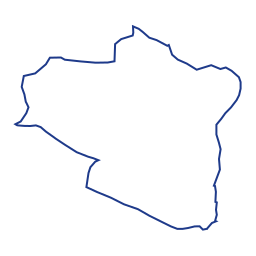 the district of Koytendag, Chardzhou, Turkmenistan
{"feature_id": "10190150B64529450546528", "entity_name": "Koytendag", "entity_type": "district", "adm_level": 2, "iso_a3": "TKM", "parent_name": "Turkmenistan", "parent_adm1": "Chardzhou", "projection": "orthographic", "projection_center": [66.04, 37.77], "detail": "fine", "context": "isolated", "style": "outline", "palette": "blue", "viewbox_px": 256, "rotation_deg": 0, "n_neighbors": 0, "source": "geoboundaries", "source_scale": "gbopen_adm2", "svg_char_len": 1249}
<svg xmlns="http://www.w3.org/2000/svg" viewBox="0 0 256 256"><path d="M18.0,125.4L24.3,125.9L30.2,126.0L35.9,125.4L40.7,127.1L45.9,131.6L54.2,137.5L55.5,138.5L65.3,145.0L76.7,152.2L88.1,156.7L93.6,158.3L93.8,158.4L98.4,160.2L95.2,161.7L90.4,167.2L88.5,173.0L86.4,187.1L97.0,192.0L110.9,197.7L124.0,204.3L138.0,209.2L149.5,215.8L162.6,222.3L170.9,226.4L177.4,228.9L182.4,228.9L188.1,228.0L194.7,226.4L199.6,226.3L202.9,229.6L207.0,228.8L207.0,228.7L211.9,223.0L216.0,221.3L215.1,220.9L216.8,214.8L216.0,209.8L216.8,202.4L215.4,201.9L215.9,191.8L215.0,186.0L213.9,185.7L219.9,169.6L219.0,159.0L220.6,149.2L218.9,142.6L216.4,134.5L216.4,124.7L221.2,118.9L225.3,113.2L231.0,107.4L236.6,100.1L239.1,95.2L240.6,88.6L240.6,82.1L238.9,77.2L231.6,70.8L225.8,67.5L220.4,69.0L211.2,65.2L204.1,67.4L196.7,69.7L186.8,63.6L177.8,59.6L172.1,54.7L168.8,45.0L167.3,45.8L156.6,40.1L149.3,37.7L142.8,32.0L138.7,28.8L134.2,26.9L133.0,26.4L133.3,32.7L132.7,35.5L121.2,39.1L115.1,44.1L114.5,61.3L107.8,62.5L95.6,62.7L80.5,61.4L72.2,60.5L64.8,59.7L60.9,57.5L49.9,57.7L45.9,64.3L35.2,73.4L23.8,76.0L23.5,77.6L21.7,86.9L24.4,94.4L25.8,101.8L26.6,103.3L28.5,107.3L26.3,113.2L20.7,121.5L15.4,124.2L17.0,125.2L18.0,125.4Z" fill="none" stroke="#1e3a8a" stroke-width="2"/></svg>